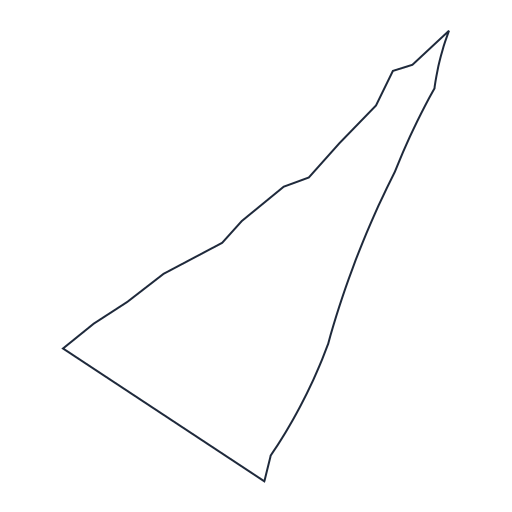 Ras al-Bar, Dumyat, Egypt
{"feature_id": "37247803B87284090425389", "entity_name": "Ras al-Bar", "entity_type": "district", "adm_level": 2, "iso_a3": "EGY", "parent_name": "Egypt", "parent_adm1": "Dumyat", "projection": "equal_earth", "projection_center": [31.836, 31.51], "detail": "fine", "context": "isolated", "style": "outline", "palette": "slate", "viewbox_px": 512, "rotation_deg": 0, "n_neighbors": 0, "source": "geoboundaries", "source_scale": "gbopen_adm2", "svg_char_len": 1114}
<svg xmlns="http://www.w3.org/2000/svg" viewBox="0 0 512 512"><path d="M264.3,481.3L264.4,481.0L264.6,480.4L266.3,473.4L270.4,456.9L270.5,456.2L270.7,455.5L273.6,451.1L277.7,445.0L281.6,438.8L285.5,432.5L289.2,426.2L292.9,419.8L296.5,413.3L300.0,406.8L303.4,400.2L306.8,393.5L310.0,386.8L313.2,380.1L316.2,373.3L319.2,366.4L322.1,359.5L324.8,352.5L327.5,345.5L327.8,344.8L328.1,344.1L330.6,334.9L333.4,325.4L336.3,315.9L339.3,306.5L342.4,297.1L345.6,287.7L348.9,278.4L352.3,269.2L355.7,259.9L359.3,250.8L363.0,241.6L366.7,232.6L370.6,223.5L374.5,214.6L378.5,205.6L382.7,196.8L386.9,187.9L391.2,179.2L394.9,171.7L396.5,167.8L399.8,159.8L403.1,151.9L406.6,144.0L410.1,136.2L413.8,128.4L417.5,120.7L421.3,113.1L425.2,105.5L429.2,97.9L433.3,90.5L434.5,88.4L434.7,86.4L435.5,81.3L436.4,76.2L437.4,71.1L438.4,66.0L439.6,61.0L440.9,55.9L442.3,51.0L443.7,46.0L445.3,41.1L447.0,36.3L448.7,31.5L449.0,30.7L448.8,30.9L412.4,64.8L392.9,70.9L376.0,105.5L339.6,143.0L308.8,177.5L283.7,186.7L241.8,221.0L222.2,242.8L163.6,273.8L127.3,301.9L93.8,323.6L63.0,348.5L264.3,481.3Z" fill="none" stroke="#1e293b" stroke-width="2"/></svg>